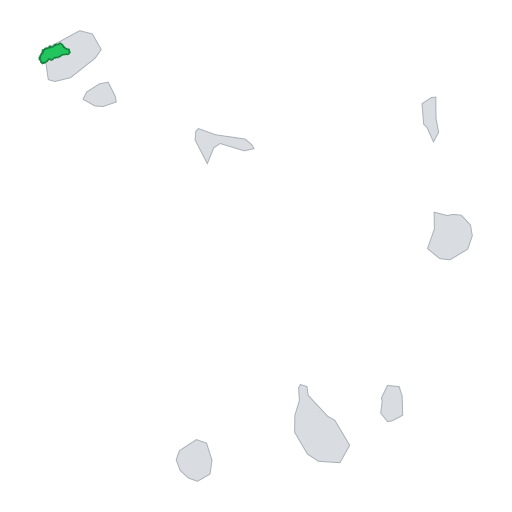 location of Santo Andre, Porto Novo, Cabo Verde
{"feature_id": "66160863B70751634637165", "entity_name": "Santo Andre", "entity_type": "district", "adm_level": 2, "iso_a3": "CPV", "parent_name": "Cabo Verde", "parent_adm1": "Porto Novo", "projection": "natural_earth1", "projection_center": [-25.312, 17.075], "detail": "fine", "context": "in_parent", "style": "filled", "palette": "green", "viewbox_px": 512, "rotation_deg": 0, "n_neighbors": 0, "source": "geoboundaries", "source_scale": "gbopen_adm2", "svg_char_len": 4593}
<svg xmlns="http://www.w3.org/2000/svg" viewBox="0 0 512 512"><path d="M349.7,445.3L339.9,462.7L318.5,461.3L307.5,454.1L294.6,432.2L294.9,415.3L299.4,400.6L298.6,387.9L300.4,384.5L307.0,386.7L308.1,395.3L327.7,416.3L334.9,420.4L349.7,445.3ZM70.6,77.6L54.9,81.5L48.3,79.6L46.1,64.5L42.9,54.6L43.6,50.2L79.7,30.7L92.4,34.0L101.2,49.5L95.2,58.1L70.6,77.6ZM434.1,212.2L447.6,215.6L452.7,214.4L461.3,215.2L470.5,225.1L472.3,235.7L467.8,249.0L450.0,259.8L439.7,258.6L427.5,248.6L434.4,229.0L434.1,212.2ZM210.0,474.1L197.4,481.3L188.6,478.1L180.3,470.7L176.2,459.8L179.5,450.6L196.4,439.6L206.5,443.1L212.0,460.2L210.0,474.1ZM245.2,139.1L251.8,144.7L254.0,148.7L244.1,150.8L220.1,143.5L213.7,147.9L207.3,163.6L195.1,139.9L195.9,131.1L198.5,128.6L215.6,134.8L245.2,139.1ZM392.0,420.9L387.5,421.6L380.7,413.0L382.2,401.2L381.4,398.1L387.4,385.5L399.1,386.6L402.1,395.9L402.7,415.2L392.0,420.9ZM116.2,102.0L103.0,106.5L94.8,105.9L83.0,99.2L86.7,92.0L99.4,83.9L108.2,82.2L115.4,96.6L116.2,102.0ZM438.6,132.2L433.5,141.9L427.1,127.6L423.7,124.2L422.0,103.7L431.3,97.6L435.8,97.1L436.0,118.3L438.6,132.2Z" fill="#d9dde1" stroke="#a8b0b8" stroke-width="1"/><path d="M70.0,52.3L69.9,52.2L69.7,51.9L69.5,51.7L69.2,51.6L69.2,51.4L69.1,51.0L69.2,50.8L69.3,50.8L69.2,50.5L69.1,50.0L69.2,49.9L69.2,49.7L69.0,49.4L68.8,49.3L68.7,49.2L68.0,49.2L67.8,49.3L67.4,49.1L67.2,49.1L66.8,49.2L66.3,48.6L66.1,48.5L65.7,48.5L65.3,48.3L65.1,47.9L64.8,47.7L64.7,47.7L64.5,47.3L64.3,47.1L64.2,47.0L64.1,46.9L63.9,47.0L63.6,47.2L63.4,47.0L63.4,46.8L63.2,46.7L63.1,46.2L63.2,45.9L63.1,45.7L62.7,45.2L62.4,44.8L62.4,44.7L62.1,44.4L61.8,44.2L61.6,44.2L61.2,43.9L60.4,43.1L60.0,43.2L59.8,43.3L59.7,43.3L59.7,43.1L59.6,43.4L59.4,43.5L59.2,43.9L59.0,44.0L58.9,44.1L58.7,44.1L58.5,44.3L58.3,44.4L57.9,44.5L57.4,44.5L57.2,44.6L57.0,44.4L56.9,44.4L56.7,44.4L56.7,44.5L56.4,44.5L56.4,44.3L56.4,44.2L56.3,44.4L56.2,44.5L56.2,44.4L55.9,44.5L56.0,44.6L55.9,44.6L56.0,44.7L55.9,44.8L55.5,45.0L55.2,44.9L55.1,45.0L55.0,44.9L54.9,45.0L54.7,45.0L54.5,45.3L54.4,45.3L54.5,45.6L54.3,45.7L54.3,45.8L54.2,45.8L54.0,46.0L53.9,46.0L53.7,46.2L53.5,46.3L53.1,46.8L52.4,47.0L51.7,47.1L51.1,47.0L51.0,46.9L51.0,47.0L50.9,47.0L50.9,46.9L50.8,47.1L50.7,47.0L50.7,46.9L50.7,47.0L50.4,47.0L50.1,47.0L50.1,46.9L50.0,47.0L50.1,46.8L50.0,47.0L49.9,46.9L49.9,47.0L49.8,46.9L49.8,47.1L49.7,47.1L49.4,47.1L49.3,47.4L49.2,47.3L49.2,47.5L48.7,47.8L48.2,48.0L48.1,47.7L48.1,47.9L48.1,48.0L47.8,48.1L47.6,48.1L46.9,48.5L46.6,48.3L46.5,48.2L46.4,48.4L46.2,48.4L46.3,48.5L46.2,48.5L45.8,48.6L45.7,48.7L45.7,48.8L45.5,49.0L45.1,49.1L44.9,49.1L44.6,49.0L44.4,49.4L44.4,49.6L43.8,49.9L43.7,49.9L43.3,49.9L43.4,50.0L43.5,50.1L43.4,50.2L43.6,50.6L43.4,50.8L43.5,50.8L43.4,50.8L43.5,50.9L43.5,51.1L43.4,51.3L43.2,51.4L43.2,51.5L42.8,51.5L42.7,51.6L42.4,51.6L42.5,51.8L42.6,52.2L42.7,52.6L42.7,53.1L42.3,53.1L42.4,53.3L42.2,53.3L42.0,53.6L41.9,53.6L41.8,53.8L41.6,53.9L41.4,53.8L41.3,54.0L41.2,54.0L41.1,54.3L41.2,54.5L40.9,54.7L40.8,54.9L40.9,55.0L40.9,55.3L40.8,55.5L40.5,55.5L40.3,55.8L40.1,56.0L40.3,56.2L40.4,56.3L40.4,56.6L40.4,56.8L40.2,56.8L40.2,57.0L39.9,57.0L39.7,57.2L39.8,57.3L39.7,57.4L39.8,57.4L39.8,57.6L40.1,57.7L40.0,57.8L40.2,58.1L40.1,58.3L39.8,58.4L40.0,58.6L39.8,58.7L39.9,58.9L39.8,59.0L39.8,59.4L39.9,59.5L40.0,59.7L39.9,59.7L40.1,59.9L40.1,60.0L40.2,60.3L40.5,60.4L40.5,60.7L40.6,60.8L40.8,60.9L40.7,60.9L40.7,61.1L40.8,60.9L40.9,61.0L40.9,61.5L41.0,61.7L41.0,61.8L41.2,62.1L41.3,62.2L41.2,62.3L41.4,62.4L41.4,62.5L41.6,62.6L41.7,62.9L42.0,63.0L42.1,62.9L42.2,63.0L42.2,62.9L42.3,62.9L42.4,63.0L42.6,63.1L42.8,63.1L43.2,63.1L43.3,63.3L43.3,63.2L43.4,63.3L43.5,63.3L43.6,63.2L43.8,63.2L43.9,62.7L44.0,62.7L44.5,62.5L44.8,62.6L45.1,62.7L45.5,62.3L45.6,62.2L46.2,61.9L46.4,61.7L46.5,61.7L46.7,61.4L47.1,61.3L47.1,61.1L47.4,61.0L47.4,60.8L47.5,60.8L47.6,60.7L47.9,60.4L48.0,60.1L48.2,59.9L48.4,59.6L48.5,59.0L48.9,59.0L49.5,59.1L49.7,59.3L49.9,59.4L50.1,59.4L50.5,59.6L50.8,59.9L51.0,60.1L51.5,59.9L51.9,59.9L52.0,59.8L52.4,59.6L52.5,59.6L52.5,59.4L52.8,59.4L53.0,59.1L53.4,58.5L53.6,58.3L54.3,57.9L54.8,57.7L55.1,57.9L55.3,58.0L55.6,57.8L55.8,57.4L56.0,57.3L56.5,57.5L57.1,57.5L57.5,57.6L57.9,57.5L58.1,57.2L58.3,57.1L58.9,56.9L59.2,56.7L59.4,56.7L59.5,56.5L59.8,56.6L60.2,56.5L60.4,56.3L60.5,56.0L61.1,55.5L61.5,55.4L61.7,55.2L62.0,54.8L62.5,54.9L62.8,54.6L63.1,54.5L63.3,54.6L63.6,54.7L64.3,54.5L64.6,54.6L65.1,54.4L65.4,54.4L65.7,54.3L65.8,54.4L66.6,54.3L66.9,54.3L67.1,54.4L67.3,54.4L67.5,54.5L67.8,54.4L68.3,54.1L68.8,53.9L69.0,53.7L69.1,53.2L69.2,52.9L69.6,52.6L69.8,52.4L70.0,52.4L70.0,52.3Z" fill="#22c55e" stroke="#15803d" stroke-width="1.5"/></svg>